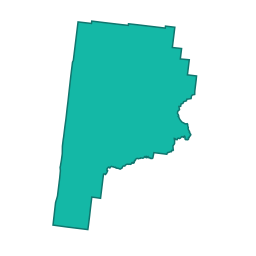 the district of Park, Wyoming, United States of America, rotated 277°
{"feature_id": "52423323B43974987892868", "entity_name": "Park", "entity_type": "district", "adm_level": 2, "iso_a3": "USA", "parent_name": "United States of America", "parent_adm1": "Wyoming", "projection": "robinson", "projection_center": [-110.026, 44.405], "detail": "fine", "context": "isolated", "style": "filled", "palette": "teal", "viewbox_px": 256, "rotation_deg": 277, "n_neighbors": 0, "source": "geoboundaries", "source_scale": "gbopen_adm2", "svg_char_len": 4036}
<svg xmlns="http://www.w3.org/2000/svg" viewBox="0 0 256 256"><g transform="rotate(277 128 128)"><path d="M23.3,65.4L22.5,65.4L22.4,72.2L22.4,72.5L22.3,79.5L22.3,91.8L22.3,94.3L22.3,100.5L26.9,100.6L29.6,100.6L36.3,100.6L45.6,100.5L55.0,100.5L55.0,103.9L54.9,109.3L66.2,109.3L79.2,109.3L79.5,109.8L79.5,110.8L79.1,111.0L79.1,111.4L79.6,111.6L80.0,111.8L80.4,112.0L80.9,112.4L81.5,112.5L82.2,112.7L82.6,112.9L82.9,112.9L83.1,113.0L83.2,112.9L83.3,112.8L83.3,112.6L83.4,112.3L83.8,112.3L84.3,112.3L84.6,112.1L85.0,112.2L85.7,112.6L86.3,113.0L86.8,113.5L86.8,113.8L86.6,114.0L86.3,114.3L86.2,114.5L86.1,114.8L86.2,115.0L86.4,115.1L86.7,115.0L87.0,115.2L87.4,115.6L87.8,116.0L87.9,116.4L87.7,116.8L87.7,117.1L87.6,117.4L87.8,117.9L87.8,118.2L87.5,118.6L87.3,119.0L87.3,119.3L87.4,119.9L87.5,120.2L87.4,120.5L87.1,120.9L86.8,121.0L86.7,121.1L86.8,121.4L86.8,121.8L86.7,122.2L86.8,122.8L86.8,123.3L86.5,124.1L86.5,124.6L86.3,124.8L86.2,125.2L86.5,125.6L86.8,125.9L87.0,126.3L87.3,126.7L87.6,126.8L87.8,127.1L88.2,127.1L88.5,127.2L88.7,127.3L89.2,127.5L89.4,127.7L89.7,128.1L89.8,128.5L89.8,128.9L89.8,129.2L90.0,129.6L90.4,129.7L90.8,129.9L91.0,130.2L91.5,130.6L91.7,131.0L91.9,131.4L92.0,131.8L92.1,132.3L92.0,132.7L92.1,133.3L92.2,133.7L92.3,134.2L92.2,134.6L92.3,135.1L92.5,135.4L93.0,135.7L93.6,135.9L94.1,136.1L94.1,136.3L94.2,136.5L94.3,136.7L94.3,136.9L94.2,136.8L94.2,136.7L94.2,136.8L94.1,137.0L94.0,136.9L94.0,137.0L93.9,137.1L94.0,137.3L94.1,137.5L94.0,137.4L93.7,137.4L93.8,137.8L94.1,138.2L94.5,138.4L95.5,138.2L95.7,138.5L96.1,138.8L96.6,138.6L96.7,138.9L97.0,139.3L97.8,139.4L98.7,140.2L99.0,141.3L98.7,142.0L99.1,142.7L99.2,143.4L99.4,144.0L99.9,144.3L99.9,144.8L99.8,145.9L100.0,146.8L100.5,147.4L101.1,147.9L101.3,147.8L101.6,148.0L101.8,148.3L101.4,148.6L101.1,148.7L100.9,149.4L101.4,149.6L101.9,149.9L101.5,150.3L101.3,150.2L100.9,150.4L101.1,150.9L101.5,151.3L101.9,151.1L102.1,151.4L101.5,151.8L101.1,152.0L101.0,152.4L101.2,152.6L101.2,153.0L101.1,153.4L100.6,153.7L100.6,154.2L100.5,154.5L100.7,154.8L100.6,155.2L100.6,155.5L100.8,155.6L101.0,156.1L101.3,156.3L106.7,156.7L106.7,158.8L106.7,168.2L106.7,169.7L107.1,169.7L108.4,170.3L108.5,170.7L108.5,170.9L108.7,171.2L108.9,171.5L109.0,171.8L109.2,172.1L109.2,172.3L109.4,172.5L109.6,172.7L109.6,173.0L109.6,173.4L109.7,173.9L109.9,174.0L110.2,173.9L110.6,174.0L110.9,174.0L111.1,174.1L111.2,174.4L111.1,174.8L111.1,175.0L111.1,175.3L111.6,175.7L112.9,175.3L115.7,174.8L118.1,176.1L121.4,175.8L122.3,175.4L123.3,175.2L123.2,176.1L122.4,177.0L122.4,178.2L123.2,178.4L123.8,178.7L124.0,179.5L123.8,180.4L124.2,181.1L125.6,182.1L126.0,182.4L126.0,183.5L125.7,183.6L125.5,184.1L125.9,184.5L126.6,184.7L126.8,184.9L126.7,185.2L126.3,185.5L125.6,185.7L124.9,185.8L124.1,185.9L123.6,186.4L123.4,187.0L123.8,187.7L123.5,188.2L123.8,189.0L124.6,189.5L125.4,189.2L125.6,189.1L125.9,189.3L125.9,189.6L126.2,189.9L126.6,189.9L127.1,190.2L127.7,190.6L128.4,191.0L128.8,191.1L129.3,191.1L129.5,190.9L129.8,190.5L130.4,190.1L131.1,189.8L131.2,189.5L131.6,189.6L132.3,189.3L132.9,188.7L133.9,188.1L134.9,187.7L135.8,187.8L136.8,187.3L137.9,186.9L138.9,186.8L139.5,186.3L139.2,185.2L139.1,184.2L139.6,183.1L140.5,180.7L143.0,178.2L144.3,177.5L145.7,176.4L146.0,176.9L147.2,176.4L148.5,175.3L150.6,175.3L152.5,176.9L155.6,175.9L155.9,177.6L158.4,177.8L159.1,179.5L160.9,180.0L162.1,182.7L163.7,182.8L164.9,187.0L167.5,187.1L168.7,187.9L169.4,190.1L172.8,189.8L184.6,189.8L188.0,189.7L188.0,180.5L203.2,180.5L202.9,171.5L213.4,171.5L213.3,162.2L233.7,162.2L233.7,152.8L231.7,152.8L231.6,125.5L231.5,115.8L229.9,115.8L229.8,108.3L229.7,90.9L229.7,79.0L227.3,79.0L227.2,65.5L222.0,65.5L199.5,65.5L190.1,65.5L188.3,65.5L186.6,64.9L173.2,64.9L172.7,64.9L163.7,65.0L162.8,65.0L147.0,65.2L139.5,65.2L132.2,65.3L128.2,65.3L121.7,65.2L111.6,65.2L111.1,65.2L109.1,65.1L102.0,65.1L94.4,65.9L87.1,65.8L83.9,65.6L82.5,65.6L80.7,65.4L77.3,66.1L70.2,66.3L65.2,66.3L64.8,66.3L51.9,66.3L48.1,65.7L47.2,65.5L45.2,65.2L23.4,65.4L23.3,65.4Z" fill="#14b8a6" stroke="#0f766e" stroke-width="1.5"/></g></svg>